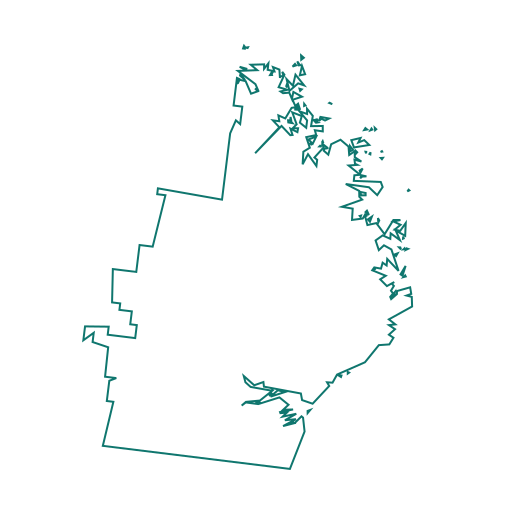 Wyndham-East Kimberley, Western Australia, Australia (Mercator projection), rotated 97°
{"feature_id": "25037944B52727077839859", "entity_name": "Wyndham-East Kimberley", "entity_type": "district", "adm_level": 2, "iso_a3": "AUS", "parent_name": "Australia", "parent_adm1": "Western Australia", "projection": "mercator", "projection_center": [125.999, -15.512], "detail": "fine", "context": "isolated", "style": "outline", "palette": "teal", "viewbox_px": 512, "rotation_deg": 97, "n_neighbors": 0, "source": "geoboundaries", "source_scale": "gbopen_adm2", "svg_char_len": 6107}
<svg xmlns="http://www.w3.org/2000/svg" viewBox="0 0 512 512"><g transform="rotate(97 256 256)"><path d="M339.1,372.5L339.1,365.9L352.2,365.9L352.2,393.6L344.1,393.6L346.7,417.1L360.7,417.1L352.0,407.7L361.3,407.7L364.6,391.6L394.2,391.1L394.2,379.8L397.7,386.4L418.1,386.4L418.1,379.8L463.1,384.9L463.2,196.4L424.3,186.4L410.7,189.6L409.6,191.3L417.1,197.2L421.5,208.4L413.1,196.5L415.5,207.3L407.7,196.8L412.2,210.0L407.7,206.3L409.0,212.6L408.0,213.1L403.8,200.5L405.3,210.3L399.7,205.6L393.5,215.5L402.7,235.7L402.6,248.3L406.2,252.0L402.0,248.2L399.0,234.5L387.8,223.5L386.6,245.4L382.6,251.1L376.6,253.5L384.5,242.0L380.2,233.3L384.7,232.2L387.0,194.7L393.4,192.7L395.7,181.8L376.1,167.5L372.7,170.1L372.4,164.6L363.8,161.1L348.2,134.9L329.5,123.2L327.5,112.9L320.4,109.6L317.9,114.5L311.7,109.1L308.4,115.6L306.9,109.4L302.7,116.4L287.1,94.9L277.6,96.4L276.9,101.7L274.7,97.3L268.3,99.2L273.6,111.8L276.6,111.5L282.3,116.6L280.2,117.8L276.5,115.4L274.0,117.8L268.9,115.5L266.9,117.8L265.0,115.6L269.9,122.4L264.0,129.9L259.8,124.8L256.0,138.9L252.9,137.2L253.3,130.4L247.2,129.5L249.5,125.2L242.9,125.4L253.4,112.7L233.0,122.4L229.8,130.3L235.2,134.8L226.0,139.2L220.1,132.8L222.6,124.8L217.1,125.1L222.7,115.1L213.6,120.5L217.8,110.4L205.0,111.4L213.4,115.9L213.0,121.6L207.4,116.3L205.0,123.8L202.7,117.0L203.5,124.0L218.7,131.0L208.7,140.6L211.7,149.2L202.1,153.0L205.8,154.6L208.5,165.1L197.2,165.8L196.7,176.8L187.1,157.5L184.6,160.7L178.8,161.5L173.6,175.7L174.0,152.3L180.8,143.1L172.1,138.7L167.3,141.2L169.5,168.1L163.9,168.2L162.7,162.5L154.9,175.1L153.2,166.5L152.3,169.0L148.4,170.0L149.4,162.9L145.9,170.0L140.0,170.8L144.4,175.8L136.1,177.5L130.3,186.3L135.9,195.0L146.6,196.6L143.2,201.6L141.1,201.1L140.5,198.6L140.2,198.1L139.9,198.2L136.2,204.4L140.0,202.1L151.1,210.0L153.1,207.0L159.3,207.0L148.6,216.8L159.3,220.9L146.7,221.7L142.0,215.8L131.9,220.6L128.6,211.0L124.0,212.9L124.2,204.9L118.8,205.6L120.4,217.2L110.0,216.7L103.6,223.3L108.8,222.6L107.1,230.5L115.2,221.8L122.6,221.8L118.3,228.7L111.5,227.6L109.0,237.5L120.4,231.7L124.8,235.2L124.1,229.8L128.0,230.0L125.4,237.3L131.4,234.5L131.9,236.7L123.8,246.5L154.1,269.4L125.4,248.5L119.3,255.8L119.4,249.3L113.7,250.9L115.9,243.7L104.6,238.7L103.7,235.4L104.5,233.9L96.5,238.8L92.3,229.8L88.6,238.9L95.7,239.5L89.8,242.9L91.1,249.0L89.7,251.7L87.2,245.1L85.7,254.1L72.6,249.9L70.0,252.4L74.0,250.6L74.6,253.3L75.5,253.8L75.5,254.1L68.1,255.5L66.4,262.2L70.6,260.1L70.7,262.0L71.8,261.9L73.5,262.6L74.4,262.2L74.7,264.1L70.5,262.3L70.6,261.2L70.3,261.1L69.8,267.1L63.3,267.2L69.2,270.8L64.8,271.3L66.8,284.5L71.4,277.4L74.5,296.5L85.5,277.5L92.3,273.5L89.8,277.4L92.3,274.3L95.5,280.7L83.7,287.6L83.1,293.8L86.6,295.0L86.9,295.6L86.5,296.6L109.4,296.6L109.4,287.8L127.0,287.8L123.8,292.5L137.4,296.6L204.2,296.6L200.8,361.6L206.7,361.6L206.7,353.3L259.3,359.7L259.3,372.9L286.4,372.9L286.4,396.5L319.6,393.2L319.6,385.0L326.1,385.0L326.1,372.5L339.1,372.5ZM71.2,238.9L82.5,240.1L76.7,247.2L88.0,242.9L79.5,235.2L80.8,229.0L71.2,238.9ZM129.4,175.5L136.3,172.0L132.0,157.1L127.8,162.7L130.9,168.3L126.1,166.6L129.4,175.5ZM386.6,218.0L393.8,224.4L387.5,210.7L386.6,218.0ZM61.7,233.5L71.3,234.5L69.6,229.4L61.7,233.5ZM137.7,213.4L130.2,210.8L133.9,218.1L137.7,213.4ZM110.1,209.0L114.3,209.9L111.8,207.8L113.1,204.0L110.6,200.2L110.1,209.0ZM105.5,230.0L99.7,232.8L101.5,234.5L105.5,230.0ZM247.6,106.3L256.6,110.3L257.7,108.2L247.6,106.3ZM208.1,147.1L202.8,145.8L206.0,149.4L208.1,147.1ZM78.9,293.8L82.7,288.2L77.3,293.6L78.9,293.8ZM179.7,160.4L183.0,158.9L182.4,154.6L180.1,154.9L179.7,160.4ZM163.5,156.1L163.0,161.1L166.1,162.0L164.2,160.2L163.5,156.1ZM119.7,236.0L117.2,239.0L117.4,240.7L119.5,240.2L119.7,236.0ZM55.7,235.0L53.4,232.7L51.4,235.7L55.7,235.0ZM140.8,175.5L138.8,172.7L135.4,176.1L140.8,175.5ZM49.7,292.6L48.8,293.5L51.6,294.1L51.6,292.4L49.7,292.6ZM201.5,148.9L197.5,151.4L199.0,152.6L201.5,148.9ZM364.2,156.6L364.0,160.6L365.7,156.9L364.2,156.6ZM86.2,296.6L82.3,294.3L81.6,296.6L86.2,296.6ZM115.8,210.7L113.7,215.9L116.4,212.7L115.8,210.7ZM274.9,113.8L280.3,117.3L281.9,116.6L278.9,114.0L274.9,113.8ZM236.1,115.8L237.7,118.9L239.0,117.0L236.1,115.8ZM71.4,287.5L70.2,295.3L71.9,291.0L71.4,287.5ZM156.2,160.8L158.6,163.5L160.7,162.5L156.2,160.8ZM417.0,198.0L415.9,199.3L417.1,200.7L417.0,198.0ZM63.5,242.8L61.9,239.4L60.6,240.7L63.5,242.8ZM57.8,238.7L61.6,236.9L61.2,235.1L60.5,236.3L57.8,238.7ZM205.7,138.0L203.5,139.6L207.8,138.7L205.7,138.0ZM402.2,183.4L403.5,185.9L405.6,185.6L402.2,183.4ZM218.7,112.3L220.9,112.2L220.5,111.5L218.7,112.3ZM115.7,163.0L117.8,164.0L116.9,161.1L115.7,163.0ZM231.8,112.9L229.9,113.8L230.0,115.1L231.8,112.9ZM393.0,226.1L392.1,224.0L389.9,223.2L393.0,226.1ZM138.7,205.8L139.5,206.4L139.3,204.2L138.7,205.8ZM113.8,238.6L116.1,238.6L116.4,237.8L113.8,238.6ZM202.7,152.6L202.6,150.4L201.6,152.5L202.7,152.6ZM112.9,212.2L113.5,213.6L114.2,210.8L112.9,212.2ZM139.7,169.5L141.7,168.9L140.7,168.2L139.7,169.5ZM137.7,215.9L139.2,214.1L137.4,215.7L137.7,215.9ZM114.3,153.7L116.6,153.1L115.5,152.1L114.3,153.7ZM115.4,156.9L117.3,157.7L116.4,156.0L115.4,156.9ZM85.0,230.9L84.7,233.2L86.7,232.3L85.0,230.9ZM105.7,232.4L104.1,234.9L104.1,235.2L105.9,234.9L105.7,232.4ZM171.6,112.6L173.4,113.6L172.2,111.8L171.6,112.6ZM143.1,142.0L143.5,144.1L144.6,142.8L143.1,142.0ZM135.8,202.9L133.9,203.8L134.8,204.2L135.8,202.9ZM257.1,105.6L258.9,106.9L258.1,104.9L257.1,105.6ZM50.4,291.6L50.6,289.7L49.8,289.4L50.4,291.6ZM230.3,109.5L231.4,110.4L231.1,109.1L230.3,109.5ZM386.6,222.4L385.3,223.7L385.4,224.7L386.6,222.4ZM139.1,154.9L140.9,155.8L141.2,154.9L139.1,154.9ZM136.6,143.8L137.5,145.0L137.0,143.5L136.6,143.8ZM230.1,107.4L231.6,107.9L230.4,106.0L230.1,107.4ZM254.0,135.5L254.1,137.5L255.1,137.9L254.0,135.5ZM400.4,235.3L399.8,236.4L401.0,237.4L400.4,235.3ZM139.2,160.0L140.7,159.3L139.2,159.3L139.2,160.0ZM359.9,150.8L361.5,150.6L360.4,149.4L359.9,150.8ZM99.1,226.7L101.2,226.5L100.5,225.3L99.1,226.7ZM96.0,198.8L94.9,201.6L95.2,201.9L96.0,198.8ZM203.1,156.7L203.6,157.9L204.5,157.0L203.1,156.7ZM82.8,246.5L83.7,246.7L85.0,245.8L82.8,246.5Z" fill="none" stroke="#0f766e" stroke-width="2"/></g></svg>